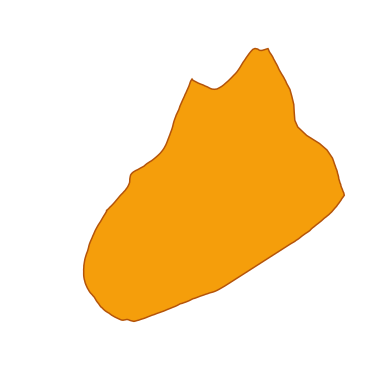 Mudiyah, Abyan, Yemen (orthographic projection), rotated 330°
{"feature_id": "15242507B27730634492451", "entity_name": "Mudiyah", "entity_type": "district", "adm_level": 2, "iso_a3": "YEM", "parent_name": "Yemen", "parent_adm1": "Abyan", "projection": "orthographic", "projection_center": [46.206, 13.949], "detail": "fine", "context": "isolated", "style": "filled", "palette": "amber", "viewbox_px": 384, "rotation_deg": 330, "n_neighbors": 0, "source": "geoboundaries", "source_scale": "gbopen_adm2", "svg_char_len": 4291}
<svg xmlns="http://www.w3.org/2000/svg" viewBox="0 0 384 384"><g transform="rotate(330 192 192)"><path d="M329.5,105.8L329.2,105.7L326.4,105.1L323.4,104.4L321.4,103.2L320.4,101.1L318.3,99.2L316.0,98.9L313.3,99.7L310.5,100.8L308.1,101.9L305.9,102.9L303.6,104.1L301.3,105.1L298.4,106.7L296.1,108.0L293.5,109.3L291.1,110.4L288.8,111.2L286.5,111.8L283.8,112.6L281.2,113.3L278.9,113.9L275.8,114.5L272.9,115.1L270.4,115.4L267.9,115.4L265.2,115.3L262.8,114.3L260.7,112.8L259.3,111.0L257.9,108.7L256.4,106.8L255.0,104.7L253.3,102.7L251.8,100.7L250.5,98.6L249.1,96.4L248.6,95.4L248.5,94.2L246.8,95.0L245.4,96.0L244.1,97.2L242.7,98.4L241.4,99.4L239.9,100.5L238.2,101.7L236.5,103.0L234.9,104.0L233.4,105.2L232.0,106.2L230.4,107.3L228.9,108.4L227.4,109.5L225.9,110.6L224.3,111.8L223.0,113.0L221.6,114.2L220.1,115.2L218.4,116.4L216.9,117.4L215.5,118.6L213.8,120.0L212.5,121.1L211.2,122.3L209.9,123.6L208.6,125.0L207.3,126.3L206.0,127.5L204.6,128.7L203.1,129.9L201.5,131.3L200.1,132.4L198.5,133.7L197.0,134.9L195.7,136.0L194.3,137.1L192.8,138.2L191.0,139.3L189.5,140.2L187.4,141.2L185.6,141.9L184.0,142.5L182.1,143.0L180.4,143.4L178.4,143.8L176.7,144.1L174.9,144.4L172.6,144.7L170.8,144.7L169.0,144.8L167.1,144.9L165.2,145.2L163.5,145.6L161.7,145.6L159.9,145.5L158.0,145.5L157.8,145.5L156.2,145.5L154.3,145.3L152.5,145.3L150.7,145.4L149.0,145.8L147.3,146.6L146.0,148.0L144.6,149.7L143.7,151.2L142.6,152.7L141.2,153.8L139.8,154.8L138.3,155.7L136.6,156.4L134.9,157.2L133.1,157.7L131.4,158.3L129.4,158.8L127.5,159.4L125.7,160.1L123.8,160.8L122.1,161.4L120.5,162.0L118.7,162.6L116.8,163.2L115.0,163.7L113.3,164.1L111.5,164.7L109.8,165.1L108.8,165.2L108.5,165.9L106.5,167.1L104.8,168.0L103.3,168.8L101.7,169.7L99.8,170.8L98.1,171.8L96.3,172.7L94.5,173.6L92.8,174.6L90.8,175.8L88.9,177.0L87.0,178.4L85.7,179.4L84.2,180.4L82.6,181.7L80.5,183.2L79.0,184.3L77.5,185.5L75.9,187.0L74.4,188.6L73.1,189.9L71.6,191.3L69.8,192.7L68.5,193.9L67.1,195.2L65.6,196.7L64.0,198.6L62.8,200.1L61.6,201.6L60.5,203.4L59.5,204.8L58.4,206.8L57.5,208.3L56.6,209.9L55.9,211.5L55.1,213.6L54.6,215.5L54.1,217.2L53.8,218.9L53.6,220.7L53.4,222.8L53.4,224.7L53.4,226.8L53.6,228.7L54.1,230.7L54.4,232.5L54.8,234.3L54.8,236.4L54.8,238.3L55.0,240.4L55.3,242.1L55.4,244.0L55.6,245.8L56.3,247.6L56.7,249.4L57.4,251.4L58.1,252.9L59.1,254.7L59.4,255.1L60.8,258.4L62.7,261.7L65.4,265.6L66.8,267.5L68.1,268.5L70.9,269.5L71.0,269.5L71.8,269.8L72.1,269.9L72.3,270.2L73.0,270.7L74.1,272.2L75.5,273.6L77.0,275.0L78.6,275.5L80.3,275.9L82.1,276.4L84.0,276.7L85.7,277.1L87.5,277.5L89.3,277.8L91.7,278.1L93.5,278.4L95.7,278.7L97.8,279.2L100.0,279.5L101.8,279.8L103.8,280.2L105.5,280.5L107.6,280.9L109.8,281.2L111.7,281.4L113.7,281.7L115.7,282.0L117.5,282.2L119.9,282.6L121.9,282.8L124.0,282.9L125.8,282.9L127.8,283.5L129.6,283.8L131.6,284.2L133.7,284.5L135.4,284.7L137.6,284.8L139.5,284.9L141.2,285.4L143.0,285.7L144.9,286.0L147.0,286.3L148.9,286.7L150.9,287.1L152.8,287.4L154.8,287.9L156.8,288.2L158.6,288.7L160.5,289.2L162.4,289.5L164.3,289.7L166.4,289.8L168.2,289.8L170.0,289.8L171.8,289.8L173.2,289.8L180.2,289.5L251.3,286.2L252.8,286.2L254.5,286.2L256.3,286.2L258.1,285.9L258.8,285.9L259.9,285.9L261.7,285.7L263.5,285.4L265.4,285.1L267.3,284.9L269.4,284.7L271.4,284.6L273.1,284.5L274.8,284.3L276.7,283.7L278.5,283.3L280.3,283.1L282.0,282.8L283.8,282.5L285.5,282.3L287.5,282.0L289.5,281.7L291.3,281.3L293.6,280.8L295.5,280.6L297.2,280.3L299.2,280.0L301.1,279.5L302.9,279.1L304.6,278.5L306.3,277.9L308.0,277.3L310.0,276.7L311.6,275.9L313.4,275.2L315.1,274.4L316.9,273.6L318.4,272.7L320.1,272.0L321.8,271.2L322.3,270.9L322.4,270.4L323.0,268.6L323.1,266.8L323.5,265.0L323.7,263.1L324.0,261.3L324.6,259.6L324.8,257.7L325.3,256.0L325.7,254.0L326.4,252.4L327.0,250.4L327.4,248.6L328.0,246.8L328.4,245.0L328.6,243.2L329.0,241.5L329.3,239.6L329.7,237.6L330.1,235.7L330.4,233.9L330.6,232.9L329.9,223.1L326.7,213.8L319.6,200.4L316.1,188.6L316.9,181.3L320.8,173.2L323.9,167.1L326.3,159.0L328.1,152.1L328.1,150.7L328.2,148.6L328.2,146.6L328.3,144.7L328.6,142.6L328.6,140.8L328.7,139.0L328.7,137.1L328.6,135.1L328.6,133.3L328.6,131.5L328.6,129.7L328.8,127.8L329.0,125.9L329.1,123.9L329.1,121.6L329.2,119.6L329.2,117.7L329.4,115.9L329.4,114.0L329.3,112.0L329.1,110.1L329.2,108.3L329.5,106.5L329.5,105.8Z" fill="#f59e0b" stroke="#b45309" stroke-width="1.5"/></g></svg>